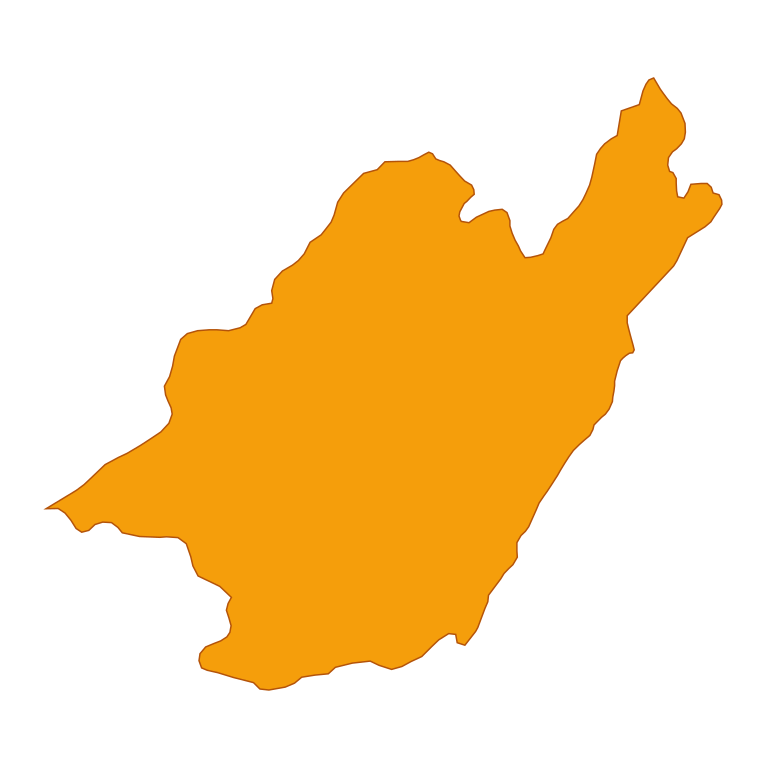 outline of Sebauh, Sarawak, Malaysia
{"feature_id": "92858781B11810319562085", "entity_name": "Sebauh", "entity_type": "district", "adm_level": 2, "iso_a3": "MYS", "parent_name": "Malaysia", "parent_adm1": "Sarawak", "projection": "robinson", "projection_center": [113.621, 3.14], "detail": "fine", "context": "isolated", "style": "filled", "palette": "amber", "viewbox_px": 768, "rotation_deg": 0, "n_neighbors": 0, "source": "geoboundaries", "source_scale": "gbopen_adm2", "svg_char_len": 3257}
<svg xmlns="http://www.w3.org/2000/svg" viewBox="0 0 768 768"><path d="M477.8,627.5L484.9,608.5L487.8,601.8L488.5,595.2L500.7,578.9L504.0,573.5L508.8,568.5L512.9,564.7L517.3,557.2L516.9,550.9L516.9,542.6L521.0,535.5L525.4,531.3L528.7,526.7L532.4,518.4L536.1,510.1L539.1,503.0L543.9,495.9L547.2,491.3L551.6,484.6L557.5,475.4L560.8,469.6L564.9,462.9L568.9,456.7L573.4,450.4L579.3,444.6L584.0,440.4L589.9,435.4L592.9,429.5L594.0,425.0L596.9,422.0L601.4,417.4L605.4,414.1L609.1,409.1L612.4,401.6L612.8,397.0L613.9,391.2L614.6,385.7L614.6,381.2L617.2,370.7L620.5,360.7L622.8,358.2L625.7,355.7L629.4,353.2L632.7,352.8L634.2,349.9L633.1,345.3L631.6,339.9L630.1,334.4L628.7,329.0L627.2,322.8L627.2,315.7L673.6,266.0L676.9,260.6L687.6,237.7L705.0,226.8L710.9,221.8L712.2,219.7L713.8,217.2L719.7,208.5L721.9,204.3L721.6,200.1L719.0,194.7L713.1,193.0L711.2,187.2L707.2,183.5L700.9,183.5L690.9,184.3L688.0,191.8L683.9,198.1L677.7,196.8L676.6,191.0L676.2,183.0L676.2,178.5L672.9,172.6L669.6,171.4L667.7,165.1L668.5,157.6L672.5,151.8L676.6,148.8L681.4,143.8L684.3,138.8L685.4,132.2L685.0,123.4L681.0,113.0L677.3,108.4L671.4,103.8L667.3,98.8L663.3,93.4L660.3,89.2L653.7,78.0L652.6,78.4L648.9,80.0L646.0,84.2L643.0,90.9L639.3,104.6L621.3,110.9L617.2,135.5L611.3,138.8L604.7,143.8L600.6,148.4L596.6,154.3L594.7,163.9L591.8,177.2L589.6,185.1L585.9,193.5L582.9,199.7L578.9,206.0L573.7,211.8L567.8,218.5L562.3,221.4L557.5,224.3L553.8,229.3L550.9,237.7L545.0,249.8L543.1,253.9L537.9,255.6L530.6,257.3L525.0,257.7L520.6,251.0L518.4,246.0L515.1,240.2L512.1,233.1L509.9,226.0L509.9,220.6L507.0,212.6L502.2,209.3L494.8,210.1L488.9,211.4L476.4,217.2L469.0,222.7L461.3,221.4L460.5,220.2L459.0,216.0L459.8,211.8L464.2,203.5L466.8,201.4L470.8,197.2L474.2,194.3L473.8,189.7L471.6,185.1L464.6,181.0L459.8,175.9L456.1,171.8L450.2,165.1L443.9,161.8L439.5,160.5L435.8,158.9L432.5,153.8L428.8,152.2L424.0,154.7L418.9,157.6L413.7,159.7L407.8,161.4L399.0,161.4L384.9,161.8L377.2,169.7L363.6,173.4L343.6,193.0L337.7,202.2L334.1,215.1L331.1,222.2L325.9,228.9L321.2,234.8L310.1,242.3L304.2,253.9L298.3,260.6L292.4,265.2L282.4,271.0L274.7,279.4L271.7,290.6L272.9,298.6L271.7,303.2L262.2,304.8L255.2,308.6L245.9,324.4L240.0,327.8L228.6,330.7L216.8,329.8L209.4,329.8L197.6,330.7L187.3,333.6L180.7,339.4L174.4,356.1L172.6,366.1L169.6,376.6L164.4,386.2L165.6,394.9L168.1,401.2L171.1,407.8L172.2,414.1L168.9,423.3L160.8,432.0L150.8,438.7L140.5,445.4L127.2,453.3L118.3,457.5L105.1,464.6L95.5,473.8L84.1,484.6L76.3,490.4L46.1,508.7L58.2,508.5L65.0,513.0L70.9,520.2L76.1,528.5L81.7,532.2L88.8,530.4L95.0,524.5L102.7,522.1L111.5,522.6L117.9,527.4L122.3,532.8L139.6,536.5L159.9,537.3L166.5,536.8L178.0,537.6L186.3,543.7L190.8,556.8L192.9,565.9L198.1,576.0L219.8,586.4L231.4,597.4L228.1,603.5L226.4,610.2L229.0,618.2L231.1,625.7L229.9,632.4L226.9,636.9L220.7,640.9L213.7,643.6L205.6,647.0L200.0,653.7L199.0,660.7L201.6,667.9L207.3,670.3L217.9,672.7L233.5,677.5L253.5,682.6L259.9,689.0L268.9,690.0L285.2,687.1L294.6,683.1L301.7,677.2L314.9,675.1L328.3,673.8L335.4,667.3L352.4,663.1L370.2,661.1L379.0,665.3L391.6,669.4L401.9,666.5L411.1,661.5L421.8,656.5L431.4,646.9L438.8,639.8L448.7,633.6L455.7,634.4L457.2,642.7L464.9,645.2L475.6,631.5L477.8,627.5Z" fill="#f59e0b" stroke="#b45309" stroke-width="1.5"/></svg>